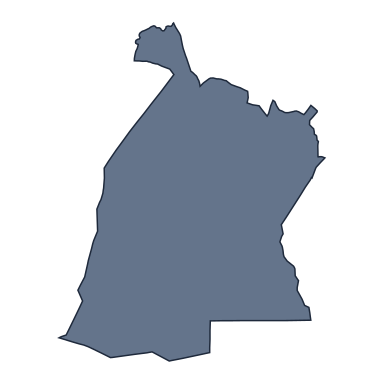 outline of Al-Hatra, Ninawa, Iraq
{"feature_id": "34846034B76064773860715", "entity_name": "Al-Hatra", "entity_type": "district", "adm_level": 2, "iso_a3": "IRQ", "parent_name": "Iraq", "parent_adm1": "Ninawa", "projection": "equal_earth", "projection_center": [42.575, 35.589], "detail": "fine", "context": "isolated", "style": "filled", "palette": "slate", "viewbox_px": 384, "rotation_deg": 0, "n_neighbors": 0, "source": "geoboundaries", "source_scale": "gbopen_adm2", "svg_char_len": 3515}
<svg xmlns="http://www.w3.org/2000/svg" viewBox="0 0 384 384"><path d="M59.1,337.8L59.8,338.0L72.8,342.0L79.3,343.9L83.7,345.0L88.2,346.7L100.9,352.8L109.9,357.3L110.5,357.6L112.6,357.4L113.3,357.3L134.9,354.3L147.0,352.8L149.6,352.3L152.1,351.9L152.9,352.3L168.3,360.5L168.8,360.8L169.3,361.0L171.6,360.5L182.4,358.4L201.7,354.3L207.7,353.0L209.7,352.6L209.7,347.6L210.0,339.3L210.0,330.4L210.3,320.9L223.0,320.7L226.3,320.7L228.1,320.7L231.4,320.7L241.4,320.6L244.7,320.6L252.4,320.6L255.7,320.6L259.0,320.6L281.7,320.6L285.0,320.6L310.8,320.2L310.3,316.7L309.8,312.8L308.9,307.4L304.6,305.4L302.1,299.3L299.4,294.4L297.2,290.5L297.2,287.6L297.8,284.4L298.5,280.6L297.4,279.1L295.7,276.5L295.2,275.9L294.9,268.9L294.3,267.4L293.5,266.1L287.2,261.1L284.8,257.8L284.0,256.7L283.4,254.3L283.0,250.6L282.4,247.4L282.0,246.0L279.9,241.9L280.7,239.3L281.3,237.6L281.6,236.5L283.1,233.9L281.3,224.7L286.2,217.3L292.1,208.1L300.5,195.0L305.3,187.2L310.1,180.2L311.5,177.6L312.0,178.0L315.7,168.2L316.3,167.1L318.3,164.9L320.5,162.5L323.3,159.6L324.9,157.9L322.7,157.0L322.0,156.8L321.5,156.7L321.3,156.7L319.7,156.7L318.7,156.8L318.1,156.9L318.0,156.7L317.9,150.7L317.8,147.1L317.8,145.4L318.0,143.5L318.4,141.7L318.0,141.0L317.2,140.4L317.0,139.4L316.8,137.5L316.6,136.0L316.1,135.3L314.4,134.3L314.2,131.6L313.6,128.7L312.0,127.3L309.5,124.7L309.6,122.4L309.7,120.5L310.9,119.1L312.6,117.3L317.1,112.0L317.2,110.9L314.7,108.5L313.0,107.1L310.9,105.4L309.7,107.1L308.0,109.5L305.7,112.5L304.9,113.5L303.9,114.6L301.6,113.5L300.8,113.1L298.7,111.8L297.4,111.4L296.4,111.0L294.5,111.2L294.1,111.4L289.1,112.5L288.6,112.6L287.0,112.7L285.3,112.6L284.7,112.5L283.1,111.6L281.9,111.0L279.5,110.1L278.7,109.2L276.6,105.8L275.3,102.7L274.8,101.6L273.0,100.3L272.0,102.7L270.7,105.8L270.1,108.2L268.8,112.9L268.5,113.7L268.5,113.8L267.1,116.1L265.2,113.8L261.2,108.7L259.1,105.8L256.6,105.4L252.6,104.8L247.1,102.9L248.2,97.7L247.8,92.6L247.6,91.3L244.6,90.0L240.3,87.8L237.2,86.8L231.2,84.6L228.4,82.5L226.2,80.7L224.5,80.4L222.9,79.8L221.0,79.2L218.5,78.9L216.9,78.9L216.1,78.7L214.4,78.3L213.8,78.1L213.3,78.0L210.6,78.1L209.2,78.7L206.5,80.7L203.4,83.0L202.9,83.5L200.1,86.3L199.7,84.2L199.6,83.5L198.8,80.7L197.7,78.7L197.0,77.0L196.2,75.8L194.9,74.7L193.3,73.1L192.3,72.2L190.9,71.3L186.4,57.8L185.6,55.9L184.0,51.0L183.2,48.6L182.5,45.7L181.7,41.7L180.6,35.9L179.5,33.5L175.7,27.4L174.1,24.2L173.6,23.0L172.8,23.7L172.3,25.1L171.2,26.3L169.7,26.3L168.1,26.0L166.8,26.4L166.0,26.9L165.9,28.3L164.9,29.5L164.1,30.7L162.8,30.9L161.3,30.0L160.6,28.6L159.3,27.8L158.0,27.8L156.5,27.8L155.2,26.3L153.9,25.8L152.3,26.3L150.6,27.1L149.2,28.3L147.9,28.9L145.7,30.0L144.1,30.7L142.3,31.3L140.1,32.9L139.3,34.3L139.2,35.9L140.1,37.5L139.3,39.0L137.9,39.2L136.0,40.4L135.5,42.1L135.8,43.3L136.8,43.9L138.2,44.4L137.9,46.1L137.2,48.5L135.8,51.4L135.0,54.9L134.4,58.3L134.3,60.8L136.9,60.9L139.0,60.9L142.7,61.3L146.9,61.2L148.4,61.8L150.3,62.1L152.6,63.1L155.9,63.9L157.5,64.0L161.7,66.1L166.0,67.7L169.8,69.1L173.9,74.6L172.2,76.8L161.3,91.3L151.1,104.2L143.9,113.6L137.3,121.8L129.6,131.7L123.3,140.4L116.1,150.2L108.5,161.3L104.2,168.1L104.4,178.1L103.6,188.3L103.3,189.9L102.9,193.2L101.0,199.6L99.6,202.3L98.1,206.1L96.9,209.1L97.6,231.2L95.8,235.5L93.7,240.6L92.7,243.9L91.6,248.5L88.3,260.6L87.6,264.1L86.4,269.4L85.0,275.7L84.7,277.0L82.7,280.8L80.7,284.6L77.9,290.2L82.6,301.0L80.0,306.6L76.4,314.1L73.3,320.5L69.4,328.5L66.2,335.0L61.5,336.6L60.4,337.1L59.1,337.8Z" fill="#64748b" stroke="#1e293b" stroke-width="1.5"/></svg>